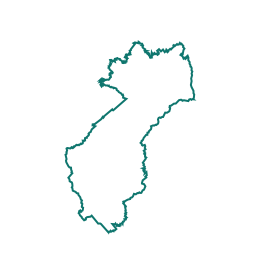 Upper Hunter, New South Wales, Australia, rotated 130°
{"feature_id": "25037944B30189264259012", "entity_name": "Upper Hunter", "entity_type": "district", "adm_level": 2, "iso_a3": "AUS", "parent_name": "Australia", "parent_adm1": "New South Wales", "projection": "natural_earth1", "projection_center": [150.757, -31.981], "detail": "fine", "context": "isolated", "style": "outline", "palette": "teal", "viewbox_px": 256, "rotation_deg": 130, "n_neighbors": 0, "source": "geoboundaries", "source_scale": "gbopen_adm2", "svg_char_len": 5839}
<svg xmlns="http://www.w3.org/2000/svg" viewBox="0 0 256 256"><g transform="rotate(130 128 128)"><path d="M206.3,138.4L205.8,136.0L206.5,134.9L208.2,133.2L209.7,132.8L209.7,132.1L211.5,130.0L210.6,127.0L210.9,125.4L210.1,124.1L211.1,123.0L211.7,120.2L213.1,118.1L213.1,116.7L214.9,116.1L215.5,115.4L215.2,114.7L215.5,114.2L218.0,112.8L218.2,112.4L217.9,111.2L219.6,110.1L220.5,109.8L221.8,110.4L222.3,110.0L222.7,110.3L222.8,111.1L222.1,111.7L222.7,112.0L225.0,111.0L225.0,109.9L225.8,108.7L225.9,106.3L226.4,105.8L226.9,102.3L225.8,101.7L225.6,102.1L224.8,101.7L224.0,102.4L222.5,102.0L220.0,99.7L218.5,99.5L220.4,89.4L219.1,88.0L218.9,87.0L220.5,76.3L219.9,76.0L220.1,75.7L219.4,75.8L218.9,75.0L218.0,75.2L218.1,74.2L216.4,73.5L216.3,72.9L215.7,73.3L215.0,72.3L212.9,72.0L211.6,78.2L210.0,76.0L209.3,76.1L209.7,75.0L209.4,74.7L209.8,74.2L209.2,74.1L209.6,73.5L209.0,73.4L209.2,72.4L208.7,71.7L208.3,72.7L207.7,72.4L207.9,71.9L207.0,72.0L206.9,71.6L206.3,72.2L205.7,71.2L205.8,71.8L204.5,71.5L204.8,70.6L203.1,71.7L202.6,71.1L200.6,71.3L200.2,72.0L199.4,70.9L198.6,71.3L198.9,71.7L198.6,72.0L197.6,71.6L197.7,72.4L197.2,72.6L197.4,73.6L196.8,73.6L196.6,74.2L195.4,74.1L195.2,75.3L194.0,74.9L193.8,75.9L193.0,76.9L192.5,76.8L190.6,79.2L189.8,79.1L189.7,79.9L189.3,79.8L188.8,83.1L187.8,83.0L187.5,85.1L187.3,83.8L183.1,82.2L181.0,80.7L179.9,81.2L178.5,80.3L177.0,80.3L174.6,81.1L173.8,79.4L171.8,79.0L171.5,78.4L170.0,77.9L170.0,77.0L169.1,76.1L166.3,76.7L165.0,76.1L161.5,77.2L160.7,79.6L161.6,81.5L161.3,81.9L158.6,83.1L154.2,82.2L154.0,83.5L152.2,83.2L150.0,85.5L151.9,85.9L151.4,86.1L151.1,87.8L150.2,87.7L150.6,89.0L149.5,89.8L149.2,88.7L148.5,88.8L149.2,90.6L148.0,89.8L146.9,90.1L146.6,92.3L145.4,92.5L145.1,94.3L140.0,94.7L139.3,95.9L138.9,95.6L138.9,96.6L137.2,97.9L137.6,98.0L137.4,99.0L136.5,98.9L136.1,99.7L135.6,99.7L135.3,101.3L133.0,100.9L132.6,102.3L130.8,103.1L130.2,104.3L132.1,105.5L132.1,106.4L131.3,107.3L131.3,108.8L129.4,108.8L129.0,109.3L127.5,108.9L125.6,109.6L121.6,109.7L120.8,108.8L119.1,110.1L118.2,109.3L117.1,109.9L114.2,109.6L112.7,110.3L111.9,111.5L109.8,110.4L109.5,109.6L107.6,108.8L107.5,108.3L105.3,107.8L103.7,108.6L102.1,110.6L100.5,111.0L99.4,110.4L99.2,109.4L97.6,109.0L97.0,108.2L92.3,109.4L91.2,107.9L88.6,107.1L86.1,108.2L85.5,108.7L85.6,109.4L84.2,110.2L83.3,109.4L79.9,108.5L78.5,107.1L73.8,106.8L72.2,105.5L71.9,104.2L72.1,103.8L70.8,103.0L68.6,99.1L66.7,99.4L65.7,98.7L65.6,97.5L64.6,97.3L64.0,96.4L64.0,96.8L62.8,96.8L59.7,98.9L59.4,100.0L57.4,101.8L55.8,105.6L54.6,107.5L51.2,109.4L49.5,111.4L46.3,112.9L45.5,114.2L43.3,115.1L43.1,116.3L41.2,117.7L40.6,118.9L40.8,119.7L39.7,120.6L39.2,122.2L37.9,123.1L37.3,125.4L35.3,126.9L34.3,128.8L36.4,129.1L36.5,128.2L38.3,128.4L38.1,130.0L39.1,130.1L38.0,132.3L38.3,134.7L37.6,134.6L37.7,133.7L36.6,133.5L36.4,134.6L35.5,134.0L32.6,135.6L30.9,135.8L30.6,137.9L29.6,138.3L29.1,141.2L29.8,141.3L29.5,143.0L31.4,142.7L32.3,143.5L32.2,144.4L35.1,144.8L35.0,146.2L35.4,146.3L35.5,145.2L40.2,145.7L40.3,144.6L40.3,146.6L43.4,147.0L43.5,146.4L44.6,146.5L44.4,148.1L43.4,148.0L43.3,149.0L44.8,148.4L46.3,148.6L45.4,151.6L48.1,152.0L47.7,154.9L50.1,155.3L50.4,153.4L50.8,153.5L51.0,152.5L52.1,152.6L52.1,152.2L53.0,152.4L52.9,154.2L53.7,154.5L53.6,155.6L54.5,155.2L55.3,155.9L55.0,156.7L55.8,156.8L55.1,158.2L56.0,157.6L56.0,155.9L56.6,155.9L57.0,156.5L57.9,155.8L58.6,156.5L58.9,155.2L59.7,155.8L59.9,156.4L59.2,157.0L58.9,158.5L58.5,158.4L58.4,159.4L57.7,159.2L57.3,160.3L57.4,160.8L58.6,161.0L58.1,162.6L58.9,163.5L58.4,164.2L56.9,163.3L57.9,165.2L56.7,165.6L57.0,167.4L56.8,168.7L55.7,169.2L55.9,170.2L55.1,169.7L54.4,171.4L55.6,172.9L55.1,174.1L55.2,175.3L56.4,174.6L58.0,177.7L59.5,178.3L59.4,176.7L65.9,176.4L66.6,175.8L67.7,176.4L69.1,174.4L69.5,174.4L69.7,175.2L70.0,175.2L70.2,173.5L71.5,174.4L71.8,175.3L72.6,175.3L72.8,177.5L73.6,175.2L74.6,175.3L74.9,176.1L75.9,175.9L75.6,174.7L74.7,174.2L74.9,173.3L75.7,173.9L76.3,172.8L77.4,172.7L78.0,171.9L78.9,172.6L80.0,171.2L79.7,172.1L80.8,173.0L79.6,174.2L80.5,174.5L81.4,173.6L81.7,174.0L80.5,176.0L81.0,178.2L80.4,178.6L81.4,180.4L81.3,181.1L82.3,181.7L83.2,180.8L83.6,181.5L82.9,182.0L83.5,182.5L84.5,182.1L85.6,180.7L85.9,182.4L87.0,182.6L86.5,183.4L86.6,184.6L87.4,185.4L88.1,184.2L89.4,183.5L89.6,182.2L90.7,182.0L91.1,182.6L91.6,181.8L92.9,182.4L92.9,181.8L94.4,181.6L94.2,180.9L95.0,179.6L95.1,176.1L95.5,175.2L96.6,175.3L97.4,175.9L97.1,176.8L98.1,177.1L99.4,176.2L99.2,174.6L100.1,173.8L101.1,174.2L101.7,173.8L103.5,173.8L104.4,175.2L105.5,175.8L106.1,177.8L106.5,176.5L108.1,176.8L107.6,180.0L108.4,180.1L109.2,180.2L108.8,179.9L109.0,179.3L110.1,179.2L109.1,178.7L109.7,178.5L109.7,177.8L110.8,178.0L110.7,177.1L111.2,177.2L111.3,176.7L112.6,176.9L113.2,174.9L112.1,175.0L111.7,174.4L110.1,175.1L109.9,172.6L108.5,170.9L108.5,170.2L107.9,169.9L108.2,169.5L108.0,167.6L107.3,167.3L107.3,166.5L106.6,165.8L106.8,164.6L106.0,164.3L105.4,162.8L105.3,162.1L106.2,161.0L106.0,159.0L106.4,158.2L105.9,155.4L106.4,154.1L105.8,153.4L106.4,153.1L106.4,152.3L107.9,151.3L106.7,148.0L124.0,150.7L124.3,151.6L124.0,152.1L135.6,154.1L135.6,153.5L136.0,153.5L135.8,154.5L138.4,154.2L146.4,156.0L147.9,157.4L148.5,157.0L147.1,156.0L148.4,156.0L147.7,154.2L152.4,154.9L155.1,154.0L156.3,154.6L157.9,154.5L158.1,153.7L158.9,153.4L161.7,153.8L162.0,153.3L163.4,154.4L165.1,152.9L166.5,154.3L166.7,153.4L167.9,153.6L168.9,152.8L170.5,153.5L170.4,154.1L172.7,154.5L172.8,155.3L173.9,155.9L174.1,156.7L177.0,157.0L176.9,157.6L177.8,157.7L177.9,157.2L178.6,157.3L178.5,157.9L179.2,158.0L179.1,158.9L180.7,159.0L182.4,161.7L183.2,161.9L184.5,160.1L186.1,159.7L186.4,159.0L187.6,158.4L188.6,158.7L191.3,155.1L192.9,154.5L193.9,153.2L195.6,149.0L195.8,147.5L195.0,146.2L196.6,144.6L197.2,143.2L198.3,142.9L198.4,141.6L204.4,141.7L204.9,139.9L206.3,138.4Z" fill="none" stroke="#0f766e" stroke-width="2"/></g></svg>